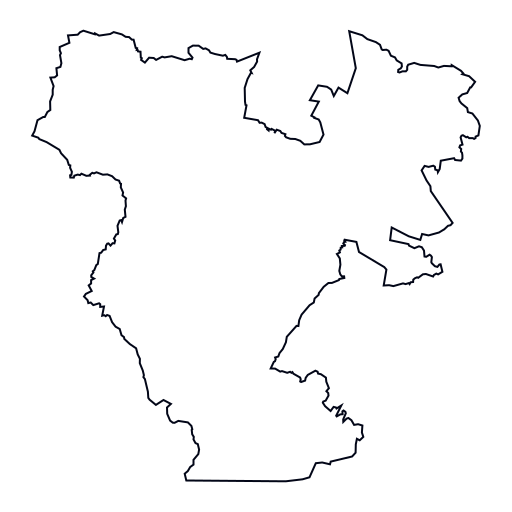 Genaro Codina, Zacatecas, Mexico
{"feature_id": "50627088B62788345344248", "entity_name": "Genaro Codina", "entity_type": "district", "adm_level": 2, "iso_a3": "MEX", "parent_name": "Mexico", "parent_adm1": "Zacatecas", "projection": "robinson", "projection_center": [-102.559, 22.457], "detail": "fine", "context": "isolated", "style": "outline", "palette": "ink", "viewbox_px": 512, "rotation_deg": 0, "n_neighbors": 0, "source": "geoboundaries", "source_scale": "gbopen_adm2", "svg_char_len": 5933}
<svg xmlns="http://www.w3.org/2000/svg" viewBox="0 0 512 512"><path d="M359.7,440.3L363.3,436.9L361.9,432.5L362.4,425.5L358.1,424.2L354.1,424.9L351.4,420.2L348.4,418.0L346.6,418.6L343.3,421.9L343.2,419.4L345.8,413.3L345.4,411.8L343.5,410.5L342.4,411.4L342.6,414.2L340.3,414.4L336.7,416.4L336.2,415.7L341.3,405.5L336.5,408.5L336.0,407.5L333.6,406.9L330.6,411.0L325.1,406.2L322.8,402.7L323.2,401.6L325.7,400.6L328.5,395.6L328.2,393.0L326.4,391.2L328.9,388.2L326.3,381.7L325.9,377.6L320.9,374.2L318.1,373.6L317.6,371.7L315.4,370.7L307.8,374.9L305.7,377.8L305.1,380.6L301.1,382.0L300.2,381.5L300.7,379.2L300.1,377.5L293.4,373.7L292.4,372.1L291.4,372.8L290.1,371.8L287.2,372.8L282.0,371.1L280.2,371.6L275.1,368.6L270.7,368.5L273.8,361.9L275.0,361.2L275.7,359.1L275.1,357.5L278.3,356.5L279.5,353.1L282.8,349.0L285.9,342.3L286.8,336.8L296.5,325.9L298.4,326.0L299.2,320.2L301.6,314.6L309.6,305.2L313.8,302.5L314.6,298.5L318.6,294.9L318.9,293.1L323.7,286.8L328.4,283.0L332.0,282.9L338.9,280.1L339.3,279.0L344.3,278.0L344.1,276.3L341.8,276.3L340.3,274.4L339.3,270.9L340.4,264.7L339.8,258.4L336.9,254.0L339.9,252.4L339.3,250.5L340.6,249.6L340.7,247.7L342.2,247.4L341.9,246.0L344.7,245.8L345.0,245.1L343.3,243.5L344.0,242.1L345.3,241.8L344.3,240.4L344.6,239.7L356.4,241.9L359.0,252.0L384.3,267.1L386.4,269.6L383.7,285.5L389.1,285.2L393.4,286.1L403.0,283.4L405.6,284.1L408.8,283.1L409.6,284.1L410.6,282.3L413.1,282.0L413.3,279.6L415.0,278.2L417.1,277.3L418.2,277.8L422.9,274.3L425.9,274.0L433.1,276.5L433.9,275.0L436.3,273.6L438.1,274.4L442.4,271.8L440.6,264.3L439.4,264.5L437.4,266.9L434.9,266.2L431.8,263.2L431.3,262.1L431.9,257.1L431.0,255.7L429.6,254.7L426.2,256.8L424.5,256.5L424.0,250.6L421.8,247.2L419.0,246.3L414.4,248.2L409.0,245.6L408.5,244.1L390.1,240.2L391.7,227.5L408.8,236.3L420.3,239.9L422.1,234.0L428.5,235.4L439.0,232.5L444.4,229.2L448.0,225.8L450.5,225.2L452.6,222.9L430.8,191.1L430.4,186.2L426.5,180.4L421.6,170.4L424.6,165.9L428.6,166.9L433.3,165.7L434.9,166.7L435.3,169.6L437.6,170.3L437.9,172.2L439.7,169.0L440.8,160.7L454.1,158.2L455.1,160.0L461.0,160.6L462.4,158.6L462.4,155.2L462.0,152.7L460.9,151.5L461.2,149.0L459.4,147.3L460.1,145.4L462.5,144.6L460.6,137.4L461.5,135.7L462.9,135.2L466.2,137.3L467.5,136.8L469.1,138.1L472.8,138.1L474.1,138.9L475.5,138.1L475.6,136.6L478.4,135.4L479.8,125.9L477.9,120.5L472.4,113.5L467.9,112.1L467.2,108.1L461.4,103.4L459.6,101.1L458.6,97.7L462.3,94.4L467.2,93.0L470.2,87.4L471.1,87.4L475.1,81.8L469.1,76.2L462.3,74.2L463.3,73.4L461.0,70.8L451.7,65.1L451.7,66.3L444.0,65.9L438.3,67.5L434.2,66.0L420.4,64.9L414.2,62.9L408.2,64.7L407.2,66.6L407.2,69.8L405.9,71.3L402.6,71.3L399.5,72.5L398.1,72.0L398.3,69.8L400.8,68.3L401.9,66.5L401.6,63.4L396.7,60.4L395.0,57.4L390.9,55.7L388.6,50.8L386.4,49.7L382.7,50.0L381.7,49.4L380.0,44.8L375.9,42.1L367.3,39.1L362.4,35.3L349.2,31.2L355.8,68.2L347.4,93.2L338.5,87.6L333.8,96.0L331.2,89.6L328.7,87.9L327.0,86.8L318.2,85.4L309.9,100.2L318.8,101.6L311.3,115.7L314.5,117.4L314.3,117.9L318.7,119.5L320.3,122.4L323.5,134.6L319.6,142.0L310.0,144.3L304.3,144.4L300.3,140.8L295.3,139.0L290.2,138.8L286.1,137.3L284.9,135.9L285.4,134.2L281.5,132.9L280.3,131.0L276.7,129.7L274.4,133.2L275.4,130.9L271.6,128.9L271.0,129.7L268.8,128.7L268.6,130.5L267.0,129.2L267.3,127.9L265.6,127.0L264.6,124.1L261.6,122.6L259.6,122.8L258.0,120.2L244.2,117.8L246.5,105.3L245.5,104.9L245.0,101.6L244.7,87.9L247.5,79.1L251.0,72.7L251.6,72.9L250.3,70.3L254.1,67.0L257.1,61.6L257.0,59.3L259.4,52.7L237.0,61.6L236.5,59.8L235.1,59.2L227.2,58.8L226.9,56.9L225.3,54.9L222.9,55.7L214.9,54.0L210.4,52.6L209.0,50.3L205.6,48.4L203.2,48.9L198.7,45.7L192.9,45.6L188.5,48.1L188.5,52.8L192.5,57.6L191.8,59.2L189.7,58.7L184.6,60.2L171.7,56.2L164.6,57.4L162.2,56.7L156.1,59.9L153.7,58.0L149.1,57.7L144.9,62.6L141.1,59.9L141.8,58.2L140.8,57.6L140.5,51.7L138.0,51.4L137.6,49.9L136.7,50.0L137.1,48.2L135.7,47.9L133.6,39.7L131.8,39.6L129.1,37.1L125.6,36.8L121.9,34.4L113.7,32.1L110.2,34.0L99.1,35.6L95.0,33.4L94.9,34.3L83.4,30.7L80.1,32.2L77.7,34.7L68.0,35.4L69.4,42.8L59.7,47.0L59.7,50.3L60.9,53.2L60.0,55.1L61.4,63.2L60.4,66.9L56.4,68.2L57.1,75.4L54.7,77.3L50.4,77.6L53.6,86.1L52.7,89.7L52.7,94.7L50.1,101.4L50.3,110.0L47.4,112.0L44.8,117.0L43.2,117.0L37.5,120.2L34.5,131.3L32.2,135.6L38.3,137.7L39.3,139.1L46.6,142.1L59.4,149.8L61.1,153.3L67.2,159.8L68.8,164.9L70.3,165.4L70.1,167.8L71.9,171.8L71.4,174.9L70.1,175.3L70.3,177.5L73.8,177.6L74.3,175.7L77.7,174.6L80.0,175.1L81.4,173.7L86.3,175.8L89.9,175.6L89.7,174.9L92.3,172.8L94.0,173.4L96.5,172.3L102.9,174.7L107.4,174.4L112.1,176.2L115.5,179.5L119.1,180.7L120.1,183.4L121.0,183.8L120.8,187.4L123.1,192.5L122.5,195.5L126.1,198.4L125.5,200.6L125.9,206.2L124.8,209.6L125.5,216.8L123.2,218.0L122.0,222.1L121.2,220.1L119.7,220.5L117.5,225.8L118.3,232.3L117.8,234.1L116.3,234.4L113.9,238.6L115.2,240.5L114.4,243.4L112.6,243.2L110.5,245.6L108.5,243.4L107.2,243.7L106.0,245.7L105.7,249.4L103.2,250.0L101.2,252.7L99.5,253.1L97.8,264.0L96.3,265.1L94.3,270.1L92.8,271.3L93.4,272.5L91.2,275.3L91.3,277.0L94.1,278.6L91.1,280.1L91.1,283.5L88.7,285.4L91.7,291.0L85.8,293.9L84.0,296.5L87.6,300.2L88.3,303.1L90.7,302.5L93.3,305.1L99.1,303.3L100.2,304.2L100.2,306.9L104.0,306.5L102.2,315.7L104.2,315.2L105.7,316.2L107.1,315.0L109.6,315.9L112.1,322.2L115.6,326.7L119.7,329.0L121.5,335.2L124.0,337.1L124.3,338.9L129.9,344.1L136.1,348.3L137.7,354.4L139.9,358.8L139.8,363.2L142.8,370.6L143.9,375.2L143.4,377.1L144.9,379.1L147.9,391.7L148.3,397.9L149.6,399.7L155.9,404.9L163.5,400.0L170.9,403.9L167.0,407.5L167.2,413.8L170.1,420.6L172.8,422.7L174.6,422.8L178.3,420.9L187.9,422.4L191.4,425.9L192.3,429.3L191.7,429.9L192.2,434.3L193.8,436.9L193.5,439.4L195.5,443.1L197.8,444.1L199.1,449.6L198.3,454.1L193.5,459.8L193.5,464.6L190.2,467.0L187.8,471.1L184.7,473.7L186.3,480.5L285.7,481.3L302.6,479.3L309.5,477.3L315.8,463.2L322.2,462.5L330.0,464.3L330.7,461.6L352.1,456.5L355.6,452.7L355.8,444.3L356.9,438.8L359.7,440.3Z" fill="none" stroke="#020617" stroke-width="2"/></svg>